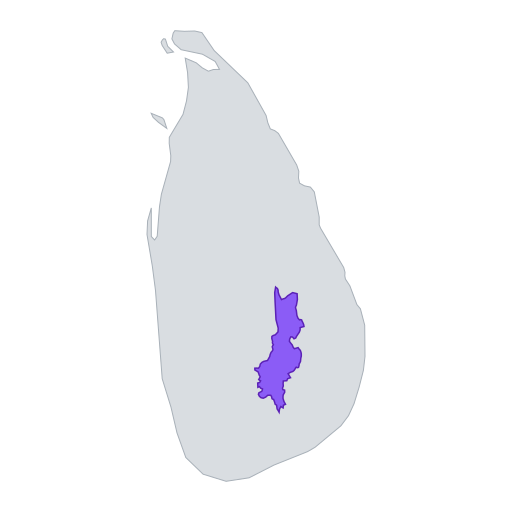 location of Badulla within Sri Lanka
{"feature_id": "LKA-2467", "entity_name": "Badulla", "entity_type": "District", "adm_level": 1, "iso_a3": "LKA", "parent_name": "Sri Lanka", "parent_adm1": "", "projection": "natural_earth1", "projection_center": [81.038, 7.079], "detail": "fine", "context": "in_parent", "style": "filled", "palette": "violet", "viewbox_px": 512, "rotation_deg": 0, "n_neighbors": 0, "source": "natural_earth", "source_scale": "10m", "svg_char_len": 3118}
<svg xmlns="http://www.w3.org/2000/svg" viewBox="0 0 512 512"><path d="M174.8,30.7L184.4,31.3L194.7,31.0L201.9,32.6L214.2,50.6L247.8,82.8L266.1,115.5L267.8,122.7L270.3,128.9L274.7,130.6L278.4,133.4L296.7,165.0L298.8,171.2L298.5,178.1L299.6,183.2L304.4,185.8L310.4,187.1L314.3,191.9L319.2,217.1L319.2,224.9L320.6,228.3L343.7,267.5L345.0,272.3L344.8,275.9L345.4,279.0L349.9,285.9L356.9,304.6L360.4,308.8L364.7,325.2L365.0,356.4L363.4,370.3L359.1,387.2L354.0,403.8L348.5,415.7L340.9,425.8L315.0,447.3L307.6,451.6L273.9,465.1L249.1,477.8L226.1,481.3L203.1,474.2L185.8,457.5L177.0,432.9L171.0,407.2L162.2,378.7L155.5,290.5L152.3,265.9L147.0,234.5L147.6,220.9L151.3,207.9L151.3,236.5L154.6,240.0L157.2,236.3L159.5,206.7L161.4,194.2L170.6,161.5L170.8,155.7L169.2,143.4L169.3,137.3L183.0,114.4L186.5,101.0L188.4,87.4L187.6,72.7L185.2,58.1L196.2,62.8L202.2,67.8L208.4,71.2L213.4,69.5L219.5,69.4L215.2,61.5L202.4,54.2L181.1,49.7L174.5,43.9L171.9,38.9L173.2,33.1L174.8,30.7ZM163.9,119.6L166.8,128.4L158.5,122.4L153.1,117.4L151.2,113.3L162.4,117.9L163.9,119.6ZM173.5,52.0L167.2,53.2L162.2,45.5L161.1,42.2L162.4,39.9L163.7,38.7L165.4,39.1L167.7,46.3L173.5,52.0Z" fill="#d9dde1" stroke="#a8b0b8" stroke-width="1"/><path d="M304.0,326.5L300.1,327.6L300.1,330.0L299.3,332.2L296.6,336.2L295.7,338.0L294.0,338.8L292.6,337.1L290.9,336.8L289.7,338.9L289.4,341.3L290.7,343.1L292.2,344.9L293.2,347.3L294.4,348.7L298.1,347.6L299.2,349.2L299.8,349.7L300.5,350.8L301.0,352.3L301.3,353.9L301.3,356.1L300.8,358.2L300.5,361.4L299.9,362.7L299.2,363.9L299.0,365.7L298.5,367.4L297.1,367.7L296.2,367.2L295.5,368.0L295.1,368.9L294.1,370.4L292.8,371.5L290.2,372.4L288.1,373.7L290.5,377.7L287.6,378.7L286.8,380.7L283.3,381.0L283.1,383.5L283.3,386.0L282.5,388.1L282.8,389.6L284.6,390.1L284.7,392.2L283.2,394.9L283.0,396.6L283.0,398.4L284.0,401.6L285.5,404.3L283.4,405.2L283.1,407.9L282.0,407.3L280.9,406.5L279.5,409.1L279.1,412.2L278.2,410.6L277.1,408.9L276.6,405.2L275.9,404.7L275.2,404.3L274.5,401.8L273.6,399.4L272.8,399.2L272.0,398.7L271.6,396.7L270.8,395.3L269.6,395.2L267.7,395.3L265.7,397.1L263.3,398.2L261.0,397.7L259.4,396.3L258.4,394.3L258.9,392.8L261.6,391.4L262.0,390.9L262.3,390.0L262.5,388.9L260.8,388.3L259.4,386.6L258.7,386.9L257.9,387.3L257.7,383.0L259.6,382.5L260.6,380.8L259.7,380.3L258.7,379.6L260.2,376.8L259.8,376.0L259.3,375.3L258.7,373.5L258.1,371.9L254.9,370.0L254.8,368.2L256.6,368.1L258.5,368.2L259.8,366.4L260.3,364.1L261.9,362.4L263.7,361.4L267.5,360.5L269.7,356.6L270.2,354.4L271.1,352.3L271.9,351.5L272.6,350.5L272.9,349.6L272.8,348.8L272.2,346.8L272.7,345.7L273.4,344.7L273.0,344.1L272.6,343.5L272.4,342.5L272.6,341.4L271.8,338.5L271.9,336.4L273.2,335.5L275.3,334.8L278.0,331.9L278.2,328.1L276.0,319.7L275.1,302.1L274.7,292.6L275.6,287.1L275.9,287.4L277.4,288.5L278.1,290.1L278.2,292.0L279.0,294.8L281.5,299.6L283.3,298.8L284.3,298.6L285.5,298.0L287.7,295.8L292.6,292.6L297.1,293.7L297.4,299.5L296.4,305.2L295.8,306.4L295.5,307.4L295.8,308.9L296.3,310.3L296.9,315.4L298.0,318.2L299.5,319.9L300.4,319.6L301.6,319.9L302.0,321.0L302.7,322.3L303.6,324.4L304.0,326.5Z" fill="#8b5cf6" stroke="#5b21b6" stroke-width="1.5"/></svg>